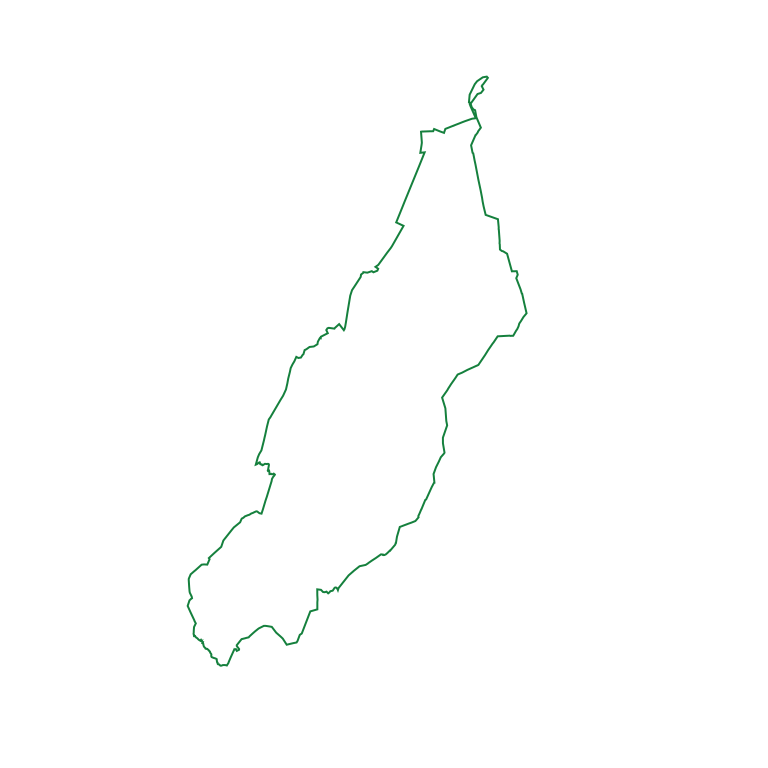 the district of Iršu pag., Kokneses, Latvia, rotated 113°
{"feature_id": "27541924B71270592653243", "entity_name": "Iršu pag.", "entity_type": "district", "adm_level": 2, "iso_a3": "LVA", "parent_name": "Latvia", "parent_adm1": "Kokneses", "projection": "robinson", "projection_center": [25.608, 56.781], "detail": "fine", "context": "isolated", "style": "outline", "palette": "green", "viewbox_px": 768, "rotation_deg": 113, "n_neighbors": 0, "source": "geoboundaries", "source_scale": "gbopen_adm2", "svg_char_len": 5926}
<svg xmlns="http://www.w3.org/2000/svg" viewBox="0 0 768 768"><g transform="rotate(113 384 384)"><path d="M704.5,419.2L704.5,418.7L701.6,418.2L700.5,418.3L695.3,418.3L686.9,418.1L687.0,417.9L685.9,416.8L687.2,415.2L685.3,413.6L684.6,413.8L682.8,417.0L682.7,417.0L682.0,417.5L678.4,416.5L674.5,415.4L672.4,412.6L671.4,411.4L670.1,409.6L668.6,409.1L664.7,407.3L662.0,406.0L658.3,404.0L657.7,403.6L653.6,400.1L652.9,398.5L652.1,395.4L651.4,392.4L655.0,386.1L657.1,379.8L657.9,377.7L660.5,373.9L662.0,371.7L657.8,366.0L656.1,363.5L654.3,363.2L647.8,363.5L645.8,362.2L622.1,363.0L617.5,357.3L610.9,360.1L608.5,360.9L604.4,362.9L599.1,365.2L598.1,361.6L599.3,358.8L598.8,357.2L597.6,355.8L598.5,353.6L597.3,352.9L595.7,352.4L594.3,350.5L593.4,350.3L591.2,349.9L590.6,349.6L590.2,349.0L590.1,348.4L590.2,347.9L591.1,346.5L591.7,345.9L589.6,346.1L574.0,341.8L567.8,338.8L561.3,335.3L557.7,330.2L555.5,328.7L555.0,328.5L551.2,326.1L547.2,323.4L542.0,320.2L541.4,318.3L541.8,318.0L541.5,317.2L541.2,316.7L540.8,316.4L540.2,315.8L538.4,314.9L534.8,313.4L534.9,313.2L527.5,310.9L525.7,311.1L525.6,310.9L519.5,312.4L509.4,313.6L503.0,306.9L500.8,304.5L497.9,301.6L497.1,301.3L493.2,300.1L492.4,300.7L492.1,300.8L489.1,300.7L484.8,300.7L484.7,300.6L474.6,300.7L473.8,300.1L460.5,299.8L455.5,299.4L455.2,299.0L447.5,303.2L440.3,303.6L433.8,303.2L429.2,303.1L424.3,301.5L423.5,301.5L415.5,306.6L410.4,308.8L397.4,309.7L393.7,312.2L382.4,318.0L373.8,325.2L365.0,323.3L363.1,323.1L357.8,322.2L350.9,320.7L346.5,319.9L343.0,316.5L338.5,312.8L329.6,304.6L318.0,302.3L312.2,301.4L307.8,300.5L304.3,299.8L303.0,299.4L295.7,298.0L290.4,287.2L290.4,286.7L289.1,283.9L283.2,283.2L281.4,282.8L278.4,282.7L275.5,283.1L272.5,282.5L267.8,281.8L263.2,280.4L254.7,286.6L246.9,292.1L246.9,292.5L243.6,295.2L234.9,303.6L231.2,303.6L228.3,305.9L230.3,310.3L216.0,321.6L215.3,326.1L215.5,327.3L215.5,327.6L214.9,329.8L210.2,332.0L209.6,332.5L207.0,333.5L196.7,338.8L196.6,339.0L195.0,339.6L187.8,343.5L188.1,348.4L188.6,356.5L181.6,361.7L177.5,364.5L174.4,366.4L167.7,370.9L159.3,376.8L146.3,385.5L142.9,387.9L139.3,390.3L136.8,392.0L136.6,392.8L131.0,396.6L130.2,397.1L119.5,397.0L119.5,396.9L115.8,396.0L114.8,396.1L110.2,395.0L102.3,403.2L96.4,407.1L96.3,409.0L94.9,411.4L92.1,413.8L80.5,411.2L78.2,408.5L74.2,407.4L71.8,410.2L71.6,410.0L71.1,410.3L70.4,410.3L69.6,409.9L61.6,408.0L60.9,409.5L63.1,412.9L68.9,416.6L72.6,417.6L84.2,418.2L91.4,415.9L91.4,414.8L92.3,414.8L92.8,414.5L94.8,412.6L96.2,411.1L102.2,404.7L102.5,404.3L102.8,404.1L103.8,403.9L105.4,406.6L110.3,412.0L112.6,414.4L115.0,416.8L117.8,419.7L125.2,427.2L129.4,426.9L129.6,431.1L129.7,437.5L132.1,437.5L133.2,440.0L136.9,447.9L137.3,448.5L145.4,444.3L147.2,443.4L149.4,442.8L157.0,440.9L154.9,437.1L170.2,436.8L208.1,436.3L212.6,436.2L230.5,435.9L230.8,427.8L253.9,430.5L256.1,430.9L261.9,432.4L276.6,435.8L279.5,437.6L280.2,434.4L282.3,434.4L285.3,437.4L284.9,439.3L288.0,442.8L289.1,446.6L289.4,446.5L289.9,446.6L292.2,447.9L294.6,447.3L305.3,449.2L310.1,450.1L315.8,449.6L332.8,445.5L342.3,443.1L346.6,442.1L349.3,441.8L349.7,441.9L349.7,442.1L350.1,442.1L346.4,448.7L352.0,451.3L352.4,451.3L353.9,456.8L354.8,457.8L356.9,458.2L359.2,455.6L365.2,460.6L366.7,460.1L366.9,461.0L370.9,461.4L373.4,460.8L376.9,463.3L379.0,467.0L382.3,469.0L383.8,470.3L388.1,469.8L389.1,470.3L392.1,470.8L393.5,473.0L393.3,475.3L398.2,475.4L401.8,475.9L405.9,476.1L409.3,475.4L416.3,474.3L421.2,473.2L427.3,472.1L434.3,472.3L438.7,473.0L458.1,475.5L458.5,475.5L461.7,476.2L468.8,475.1L477.6,473.4L480.1,473.0L482.7,472.5L493.0,470.9L497.3,471.5L500.1,471.5L500.8,471.5L508.3,470.5L507.6,469.8L506.9,469.3L505.2,468.4L504.6,467.8L504.6,467.7L505.9,466.9L506.1,466.6L506.1,466.3L506.1,465.9L505.7,465.2L506.3,464.4L506.3,464.1L506.0,463.8L505.5,463.4L504.5,462.8L504.0,462.4L503.8,461.8L503.5,460.7L503.0,459.9L502.7,459.1L502.9,458.7L503.4,458.3L508.7,457.1L508.9,457.2L509.2,457.1L509.4,456.8L508.9,456.3L508.6,456.0L509.2,455.5L511.7,454.2L511.4,453.6L511.1,453.4L510.8,452.9L511.0,452.6L510.6,451.3L509.6,450.5L510.0,449.1L510.6,449.1L513.1,449.8L515.2,450.0L517.4,449.5L533.6,447.8L537.6,447.5L546.5,446.5L551.2,446.1L551.6,448.1L551.4,449.1L551.0,450.4L550.9,451.2L551.0,451.5L551.3,452.0L552.8,453.4L554.0,454.4L554.5,455.0L555.3,455.8L555.9,456.1L557.1,457.0L558.0,458.1L560.2,460.3L561.9,461.1L562.5,461.5L563.0,462.0L563.5,462.3L564.1,462.4L567.5,462.4L574.7,466.2L578.1,467.2L590.8,470.7L597.5,470.2L606.2,474.3L612.7,477.2L613.4,476.1L619.3,476.1L620.4,479.2L621.6,481.3L629.1,484.8L630.4,485.5L634.7,487.6L639.5,487.6L640.4,487.3L646.8,484.1L650.8,482.0L652.0,481.2L654.5,478.3L654.8,478.1L654.9,477.9L656.2,477.0L657.3,477.7L659.2,478.5L665.0,478.0L669.9,472.7L675.7,466.2L676.3,465.7L677.9,463.7L681.8,463.9L682.2,463.8L684.9,462.9L687.5,461.9L688.1,461.8L688.6,461.5L688.9,461.3L689.0,461.0L689.6,460.8L689.8,460.3L690.3,460.2L690.2,459.9L689.8,459.4L690.3,458.8L690.7,458.1L691.0,456.5L691.7,454.9L692.0,453.6L692.0,453.0L691.9,452.9L691.4,452.7L691.7,452.5L691.3,452.2L691.6,451.9L692.1,451.8L692.1,451.7L691.8,451.4L692.2,451.4L692.3,450.9L692.5,450.2L692.4,449.9L693.0,449.9L692.8,449.6L693.6,449.3L693.6,449.2L693.7,448.9L694.3,448.5L694.5,448.4L695.5,447.7L696.2,446.9L696.7,445.8L696.8,445.3L696.9,445.2L697.3,444.9L697.3,444.7L697.3,444.1L697.0,443.7L696.9,443.2L697.2,442.5L697.3,441.8L697.8,441.2L697.9,440.5L698.2,440.2L698.4,439.8L698.4,439.7L698.6,439.4L699.0,439.2L699.4,438.7L699.9,437.8L700.3,437.3L701.1,437.0L701.5,436.9L702.1,436.6L702.6,436.1L702.7,435.9L702.7,435.7L702.7,435.4L702.7,433.8L702.5,432.0L702.5,431.4L702.6,430.8L702.6,430.6L702.8,430.5L703.1,430.2L703.5,430.1L704.1,429.7L704.6,429.4L705.0,429.2L705.4,428.8L705.3,428.6L705.5,428.3L706.3,427.9L706.7,427.6L706.8,427.3L706.6,426.5L706.6,426.0L707.1,425.0L707.0,424.5L707.1,424.2L706.7,423.5L705.7,422.5L704.9,420.6L704.7,420.0L704.7,419.9L704.5,419.2Z" fill="none" stroke="#15803d" stroke-width="2"/></g></svg>